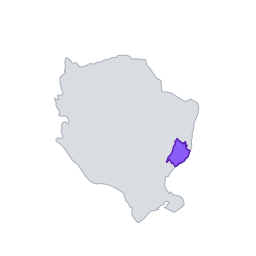 Vaslui highlighted on a map of Romania, rotated 42°
{"feature_id": "ROU-316", "entity_name": "Vaslui", "entity_type": "County", "adm_level": 1, "iso_a3": "ROU", "parent_name": "Romania", "parent_adm1": "", "projection": "orthographic", "projection_center": [27.841, 46.485], "detail": "fine", "context": "in_parent", "style": "filled", "palette": "violet", "viewbox_px": 256, "rotation_deg": 42, "n_neighbors": 0, "source": "natural_earth", "source_scale": "10m", "svg_char_len": 5377}
<svg xmlns="http://www.w3.org/2000/svg" viewBox="0 0 256 256"><g transform="rotate(42 128 128)"><path d="M191.3,143.1L193.4,146.0L196.1,147.6L202.3,149.1L202.8,148.9L202.9,148.6L202.5,148.2L202.4,147.7L202.7,147.0L203.5,146.9L204.9,147.5L207.6,146.6L211.5,144.2L215.0,143.7L218.3,145.0L220.1,146.6L221.2,148.1L220.9,150.0L220.7,151.2L219.9,156.1L219.4,157.9L218.5,160.0L208.2,162.6L208.9,161.4L208.6,159.4L208.2,157.8L209.1,156.4L206.8,155.9L205.8,156.7L205.0,158.1L205.8,161.1L204.7,162.8L204.2,163.8L204.2,166.1L203.6,167.0L203.4,168.1L205.1,167.8L204.4,169.8L201.3,173.5L200.3,175.8L200.6,184.6L199.3,189.9L199.2,191.5L195.9,191.6L194.9,191.4L191.7,190.7L188.2,189.3L186.1,186.6L184.8,184.6L181.8,185.5L181.3,185.3L180.4,184.3L178.2,183.7L175.4,183.6L169.2,180.0L168.6,179.4L163.7,180.0L156.4,181.6L150.7,183.7L144.9,187.4L142.5,190.3L139.7,191.8L135.8,192.9L128.9,192.2L121.8,190.5L114.1,188.6L109.9,189.3L104.3,188.3L95.9,186.0L89.6,185.1L83.3,185.8L82.3,184.9L82.1,183.9L82.4,182.5L83.4,181.5L84.9,180.7L85.8,179.9L85.9,179.1L84.3,177.6L81.0,175.4L79.6,174.1L79.3,173.8L79.3,172.7L78.6,171.8L77.3,171.1L76.4,169.9L75.7,168.2L76.0,166.7L77.1,165.4L78.5,164.8L80.1,165.1L80.8,164.8L80.6,163.7L79.1,162.3L76.3,160.6L73.3,161.2L70.1,164.3L67.8,164.7L66.7,162.4L64.4,160.9L61.0,160.2L59.0,159.2L58.3,157.9L56.9,156.8L53.7,155.5L53.8,154.5L54.3,154.3L55.5,154.3L57.1,154.2L57.4,153.6L57.4,153.1L56.2,152.4L55.0,151.8L54.4,151.3L54.1,150.8L54.0,150.3L54.4,150.0L54.9,150.0L55.4,149.7L55.8,148.6L56.5,147.6L57.0,147.3L57.1,146.6L56.6,145.9L56.0,145.2L55.0,144.8L52.0,143.5L50.6,142.0L49.6,141.8L48.2,140.9L46.7,139.5L45.4,137.6L44.0,136.4L43.7,135.9L43.7,135.4L44.0,134.9L44.0,134.4L43.8,132.7L44.2,130.9L44.3,129.1L44.3,128.4L44.1,128.1L43.8,128.3L43.4,128.6L43.0,128.7L42.0,127.3L40.8,124.6L40.0,123.7L38.2,122.4L36.8,121.2L35.8,119.0L34.8,117.2L35.7,116.6L40.2,116.1L42.2,117.2L43.1,117.0L44.1,116.3L44.6,115.7L44.8,115.1L45.3,114.3L46.8,114.1L50.7,114.9L52.4,113.9L53.1,113.3L53.5,112.0L54.1,110.9L55.5,110.5L55.6,109.5L55.5,108.3L56.5,106.0L57.1,105.0L57.9,104.7L58.9,104.0L60.7,102.6L60.4,101.2L60.8,100.2L62.8,97.8L64.3,95.5L64.4,94.3L64.6,93.2L65.9,92.2L67.2,90.7L69.2,86.1L69.8,85.4L71.0,84.6L71.8,83.8L72.1,80.7L72.9,79.8L74.4,78.9L75.9,77.4L77.2,75.6L78.1,74.8L79.3,74.6L80.6,73.9L82.0,73.8L83.4,74.2L84.2,74.1L85.6,73.2L89.2,70.0L89.7,69.3L90.4,68.9L93.1,67.8L93.9,66.7L94.9,65.6L96.1,65.8L99.8,68.7L104.0,68.7L104.8,68.9L105.0,69.0L105.5,69.2L111.0,70.8L111.8,70.7L112.1,70.6L114.3,71.8L116.3,71.8L118.2,71.1L120.1,70.9L121.9,71.4L123.2,73.0L126.7,76.5L127.7,77.7L129.3,77.6L131.1,77.0L133.0,74.9L138.7,72.6L143.0,72.1L147.2,71.2L152.0,70.6L153.5,68.6L154.3,67.3L154.9,64.7L157.5,64.0L159.9,63.5L160.8,63.2L162.6,63.1L164.0,63.4L166.1,64.7L167.6,66.3L168.2,67.5L169.5,69.3L170.8,71.9L172.3,75.2L172.6,76.9L173.2,78.7L174.3,80.9L176.4,83.4L176.7,83.9L177.7,85.6L179.6,89.5L181.1,91.0L182.5,92.7L183.2,94.4L184.2,95.9L186.5,97.9L188.4,99.7L189.9,105.0L191.0,107.4L191.7,109.3L191.4,113.1L191.8,114.7L190.9,117.6L189.4,123.6L189.0,128.3L189.3,130.8L189.3,132.5L189.7,133.5L190.2,135.6L190.2,137.5L189.7,138.1L188.9,138.5L188.6,138.9L189.3,139.7L190.3,141.3L191.3,143.1Z" fill="#d9dde1" stroke="#a8b0b8" stroke-width="1"/><path d="M189.4,103.6L189.4,103.8L189.7,104.6L190.5,106.0L190.5,106.5L191.6,108.7L191.8,109.5L191.8,109.9L191.8,110.3L191.7,110.6L191.5,110.9L191.4,111.3L191.6,111.8L191.4,111.9L191.3,112.1L191.3,113.2L191.3,113.4L191.6,113.9L191.7,114.0L191.8,114.0L191.9,115.1L191.8,115.3L191.7,115.6L191.6,116.1L191.5,116.3L191.3,116.3L191.2,116.5L191.1,117.3L191.0,117.5L190.8,117.5L190.7,117.7L190.8,118.3L190.8,118.7L190.8,118.8L190.5,119.4L190.3,119.6L190.1,119.7L189.9,119.8L189.7,119.9L189.6,120.1L189.7,120.5L189.4,120.8L189.2,120.9L189.2,121.1L189.6,121.7L189.7,121.9L189.8,122.1L189.9,122.3L189.7,123.0L189.5,123.7L189.2,124.6L189.2,124.8L188.4,125.0L188.1,125.0L187.6,124.8L186.9,124.4L185.4,124.0L185.2,124.0L184.8,124.1L184.7,124.3L184.5,124.5L184.3,124.9L184.2,125.1L183.8,125.2L183.7,125.0L183.6,124.8L183.6,124.6L183.5,124.4L183.2,124.3L179.8,123.9L179.5,124.0L179.4,124.2L179.5,124.5L179.9,125.2L180.0,125.5L180.0,126.0L179.9,126.8L179.9,127.2L179.9,127.4L179.8,127.5L179.7,127.6L179.4,127.5L179.2,127.1L179.0,126.4L178.8,125.6L178.5,125.1L177.9,124.2L177.6,122.9L177.5,119.3L177.3,118.0L176.8,116.2L176.1,114.5L174.1,110.9L174.0,110.2L174.1,109.6L174.1,108.9L173.8,108.4L173.5,108.0L172.6,107.2L172.3,106.9L172.2,106.7L171.9,106.4L172.2,105.9L172.2,105.6L172.1,105.2L171.7,104.0L171.6,103.1L173.8,103.2L175.3,103.0L175.6,103.0L176.0,103.1L176.4,103.2L176.8,103.4L177.2,103.3L177.9,103.1L178.1,102.9L178.2,102.7L178.3,102.5L178.5,102.3L179.1,102.4L179.8,102.6L180.2,102.5L180.4,102.4L180.5,102.2L180.5,101.9L180.4,101.7L180.0,101.8L179.8,101.8L179.7,101.7L179.7,101.1L179.7,100.9L179.7,100.7L179.6,100.3L179.6,100.1L179.7,99.9L180.0,99.9L180.2,100.0L181.4,100.9L181.9,101.5L182.6,102.4L182.9,102.6L183.0,102.6L183.0,102.4L183.0,102.2L183.0,101.9L183.1,101.6L183.4,101.4L183.6,101.5L183.8,101.7L183.9,101.9L183.9,102.2L183.7,102.8L183.6,103.1L183.5,103.3L183.6,103.5L183.8,103.6L184.0,103.7L184.3,103.6L184.5,103.7L185.2,104.1L185.9,104.3L186.1,104.3L186.3,104.2L186.6,103.9L186.8,103.9L187.0,104.0L187.4,104.3L187.6,104.3L187.8,104.1L188.3,103.8L189.2,103.7L189.4,103.6L189.4,103.6Z" fill="#8b5cf6" stroke="#5b21b6" stroke-width="1.5"/></g></svg>